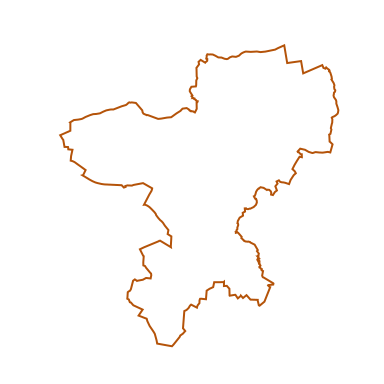 the district of Īvandes pag., Kuldigas, Latvia, rotated 186°
{"feature_id": "27541924B58037297238145", "entity_name": "Īvandes pag.", "entity_type": "district", "adm_level": 2, "iso_a3": "LVA", "parent_name": "Latvia", "parent_adm1": "Kuldigas", "projection": "orthographic", "projection_center": [21.775, 56.978], "detail": "fine", "context": "isolated", "style": "outline", "palette": "amber", "viewbox_px": 384, "rotation_deg": 186, "n_neighbors": 0, "source": "geoboundaries", "source_scale": "gbopen_adm2", "svg_char_len": 5953}
<svg xmlns="http://www.w3.org/2000/svg" viewBox="0 0 384 384"><g transform="rotate(186 192 192)"><path d="M61.1,246.1L58.6,245.8L57.2,254.1L59.7,256.1L60.4,256.5L61.3,262.3L61.6,263.4L60.4,264.3L59.9,268.7L60.6,270.0L60.0,274.8L59.8,275.5L60.0,279.0L60.8,280.5L60.3,281.1L58.2,282.3L56.9,283.4L55.4,285.1L55.1,286.3L55.0,288.7L56.1,291.5L57.7,295.0L57.9,297.0L58.1,297.7L58.6,298.7L60.7,301.1L61.3,302.7L61.3,303.2L61.1,304.4L61.2,305.1L61.2,305.4L61.1,305.8L60.3,306.6L60.1,307.8L60.2,308.3L60.9,308.9L61.2,309.4L61.7,311.5L61.5,313.0L61.6,313.3L62.6,315.3L65.1,318.5L64.7,319.0L64.8,319.8L65.0,320.1L65.2,321.2L66.8,324.9L67.4,325.8L68.2,326.2L68.4,326.4L68.4,326.9L68.0,327.3L68.3,327.8L70.6,329.1L71.6,329.9L72.3,328.6L74.3,329.2L74.6,329.9L75.7,331.8L93.8,321.6L97.2,333.6L110.8,330.2L115.6,347.5L121.5,344.1L124.2,342.3L133.7,339.3L138.5,338.3L142.1,338.5L148.2,337.5L153.1,337.3L153.9,337.0L155.5,336.2L157.0,335.2L157.8,334.5L159.5,332.5L161.4,331.5L162.4,331.0L166.2,331.0L168.5,329.8L170.1,328.3L171.2,327.8L173.5,327.9L176.7,328.8L179.9,328.6L183.1,330.0L185.7,330.9L187.7,330.8L189.9,330.5L191.1,330.6L191.7,329.2L191.5,327.9L191.8,326.2L191.6,325.9L191.0,326.0L190.7,325.9L190.6,324.4L190.6,324.1L191.2,323.3L192.0,322.7L192.4,322.0L197.2,324.3L199.1,322.1L198.3,319.7L200.6,315.8L200.4,315.1L199.4,307.3L198.6,305.8L199.4,303.4L199.0,298.7L199.2,297.4L203.6,296.6L204.8,293.9L204.8,292.1L204.3,291.3L201.7,288.0L202.5,287.2L202.2,286.9L201.7,286.5L201.6,286.1L201.0,285.9L200.9,285.7L201.1,285.4L200.2,285.5L199.8,284.9L199.2,285.1L199.0,284.6L198.4,284.2L197.9,284.0L197.8,283.7L197.4,283.6L196.8,283.0L196.4,282.9L196.3,282.4L195.9,282.5L196.1,281.8L196.8,281.6L196.0,275.2L197.4,271.4L198.1,271.6L198.9,272.2L200.1,272.3L200.3,272.2L200.8,272.4L201.1,272.2L201.8,272.2L201.9,272.3L202.0,272.6L202.7,272.7L202.8,273.0L203.4,273.3L203.4,273.5L203.8,273.8L206.1,274.9L210.1,273.9L211.0,272.8L211.9,271.5L215.6,268.6L220.5,264.2L224.6,263.4L230.2,261.8L232.6,261.3L233.5,261.2L243.7,263.8L244.9,263.9L245.1,263.7L248.4,264.8L249.4,266.0L250.0,268.0L257.1,274.7L261.3,274.8L262.8,274.4L263.7,274.6L264.4,274.2L265.8,272.5L266.8,271.6L270.9,269.9L278.7,265.9L281.8,265.5L285.8,264.2L288.7,262.6L291.8,260.6L295.4,259.6L298.4,259.1L301.2,257.9L305.7,255.5L308.6,253.5L309.7,253.0L312.8,252.1L317.0,251.2L320.6,248.4L320.2,248.1L319.4,240.2L329.0,234.7L326.4,231.3L325.5,230.4L323.5,223.5L320.0,223.8L319.9,223.6L319.5,221.5L315.3,221.5L316.0,215.1L315.9,210.5L314.0,210.2L312.0,209.5L300.1,202.7L302.0,197.5L302.7,197.2L295.3,193.7L292.2,192.4L289.1,191.4L286.9,191.0L282.8,190.5L280.0,190.4L262.7,191.4L260.2,189.3L258.6,190.1L258.9,191.0L256.9,191.8L252.4,192.1L250.9,192.9L241.6,195.7L232.0,191.5L232.0,190.8L232.4,188.9L234.2,185.0L238.4,174.3L237.4,174.5L235.1,173.8L232.8,172.6L230.5,170.8L227.3,168.1L225.8,166.5L225.2,165.2L222.9,162.7L220.6,160.6L219.3,159.8L217.7,158.4L215.5,155.7L211.5,151.7L211.8,147.6L207.9,145.7L207.7,142.6L207.4,135.7L207.2,134.9L219.4,140.6L219.2,140.4L219.7,139.7L233.9,132.0L237.8,129.6L233.9,123.5L233.3,123.1L233.1,117.0L232.7,113.9L230.9,113.4L229.8,111.9L225.2,107.4L224.2,106.6L223.8,105.0L224.1,101.7L228.7,101.7L231.7,99.6L236.8,98.1L237.4,97.8L237.6,98.0L239.7,99.1L241.3,97.6L242.6,89.0L243.3,87.4L244.9,86.2L245.4,85.6L245.2,80.7L245.2,79.1L243.6,78.5L242.3,75.9L241.2,75.7L238.5,73.2L228.8,69.9L232.2,63.5L223.8,61.2L222.9,58.9L220.1,54.3L215.7,49.1L214.2,47.1L211.7,40.7L210.8,37.6L195.8,36.5L194.5,38.2L189.1,46.6L188.7,48.0L186.2,50.2L185.8,50.8L184.2,53.0L186.7,55.5L187.2,72.8L185.1,74.1L183.3,76.2L182.1,78.8L181.1,79.9L175.0,77.5L174.8,79.0L174.4,80.1L173.2,81.9L173.0,82.2L173.2,85.1L172.8,86.6L171.8,86.8L166.9,86.8L167.1,95.4L164.4,97.6L161.0,99.6L160.5,104.6L151.6,105.6L151.1,105.8L150.8,106.1L150.4,101.8L147.6,102.3L144.7,99.7L143.8,92.9L143.7,92.8L138.3,94.3L138.1,94.3L135.3,91.0L132.7,93.7L132.6,94.1L130.2,91.9L127.0,95.1L122.6,91.1L115.4,91.6L115.4,91.2L113.7,86.3L112.9,86.0L108.5,90.5L104.3,105.5L104.8,105.6L106.6,107.0L106.4,107.4L100.8,108.6L101.3,108.7L101.4,109.4L101.6,109.7L111.7,114.4L112.5,114.6L112.9,115.0L113.5,116.2L113.1,120.8L113.8,121.0L114.7,121.6L114.8,121.9L114.5,122.3L114.5,122.5L114.9,122.5L116.3,123.9L116.9,123.9L117.2,124.4L117.2,124.5L117.1,124.8L116.3,125.6L116.2,126.0L117.2,127.3L117.8,127.5L117.9,127.8L117.4,128.2L117.6,129.0L117.9,129.1L117.6,129.8L117.7,130.2L117.7,130.4L118.0,130.8L118.6,130.2L118.8,129.8L119.4,130.7L118.8,130.7L118.7,131.4L119.3,131.5L119.7,131.2L119.9,131.4L119.7,132.2L119.5,132.3L119.0,132.3L118.6,132.7L118.6,132.9L119.2,133.0L119.3,133.1L119.1,133.4L118.8,133.4L120.0,134.6L119.6,134.6L119.2,134.9L119.2,135.3L119.8,135.3L119.8,135.5L119.3,136.1L119.1,137.7L121.2,140.0L120.5,141.1L124.2,146.2L128.7,147.9L129.0,148.3L130.9,148.6L131.4,148.4L133.8,148.4L134.4,148.7L134.8,148.7L134.9,149.1L135.9,149.5L136.1,149.9L138.1,151.3L137.9,152.6L141.9,156.3L142.8,156.5L144.1,156.0L144.2,156.8L144.3,156.9L143.4,157.6L143.8,158.3L143.7,158.8L143.0,159.8L143.2,161.4L142.6,163.8L142.6,164.2L142.9,165.2L143.2,165.8L143.5,165.8L143.4,167.9L141.9,171.5L138.8,173.8L139.4,176.6L137.2,178.1L137.8,181.2L136.6,181.4L136.4,180.9L135.5,180.8L134.4,180.8L133.0,181.5L132.3,181.5L129.1,183.5L127.0,186.0L126.6,187.8L126.4,188.1L126.7,190.1L127.5,191.8L128.1,191.6L129.4,193.2L130.0,194.2L129.2,194.7L128.7,196.2L128.3,198.9L127.3,201.0L126.2,202.4L125.9,202.3L124.4,203.9L121.2,203.6L117.7,201.8L117.2,202.2L115.4,202.2L113.7,200.9L113.1,199.6L113.1,197.7L111.2,197.4L109.6,200.6L107.7,202.4L109.7,206.4L107.8,209.3L109.0,211.3L106.8,212.7L105.4,211.3L103.5,211.0L102.3,211.1L100.3,210.9L96.3,210.0L95.2,214.3L92.6,219.4L90.7,221.5L91.9,223.3L94.5,225.3L92.8,229.8L91.0,233.7L88.7,238.3L86.4,238.1L86.8,241.0L87.6,240.9L88.5,241.4L89.9,242.7L90.8,242.7L91.2,243.3L88.9,246.4L84.0,245.8L80.2,244.1L76.7,243.4L76.0,243.4L73.6,244.5L72.9,244.6L69.5,244.6L66.1,244.8L61.1,246.1Z" fill="none" stroke="#b45309" stroke-width="2"/></g></svg>